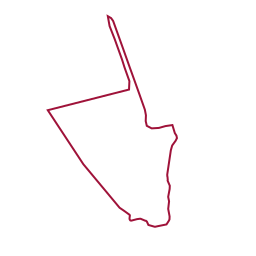 SVG path tracing the border of Rivas, rotated 230°
{"feature_id": "NIC-24", "entity_name": "Rivas", "entity_type": "Department", "adm_level": 1, "iso_a3": "NIC", "parent_name": "Nicaragua", "parent_adm1": "", "projection": "albers", "projection_center": [-85.754, 11.311], "detail": "fine", "context": "isolated", "style": "outline", "palette": "rose", "viewbox_px": 256, "rotation_deg": 230, "n_neighbors": 0, "source": "natural_earth", "source_scale": "10m", "svg_char_len": 890}
<svg xmlns="http://www.w3.org/2000/svg" viewBox="0 0 256 256"><g transform="rotate(230 128 128)"><path d="M172.8,168.1L167.3,166.1L146.7,158.5L131.2,152.7L126.2,149.9L121.9,146.0L117.6,143.8L112.5,145.9L108.2,151.7L105.4,157.9L101.7,163.9L94.0,160.6L91.0,160.2L88.8,159.0L87.6,156.2L86.2,150.6L83.4,146.5L67.1,128.1L65.8,127.1L65.1,126.8L62.7,125.1L62.2,124.5L56.9,122.9L54.5,120.7L49.4,114.5L45.4,112.3L40.2,106.8L33.5,103.0L31.3,101.0L30.7,99.7L29.4,95.5L33.8,87.4L34.8,85.5L35.3,84.9L40.6,81.3L44.2,82.3L45.4,82.1L45.9,81.6L50.2,79.4L50.7,79.0L52.4,76.3L54.8,71.2L55.2,70.7L55.7,70.4L56.0,70.4L56.3,70.4L57.1,70.6L57.7,71.0L58.3,71.6L59.8,73.2L60.5,73.4L67.3,71.7L72.3,70.3L128.9,70.5L193.2,78.0L156.8,153.5L163.0,159.2L176.7,164.3L184.2,167.4L204.8,175.0L217.9,179.4L226.6,184.4L223.0,185.7L219.5,185.4L194.8,176.3L172.8,168.1Z" fill="none" stroke="#9f1239" stroke-width="2"/></g></svg>